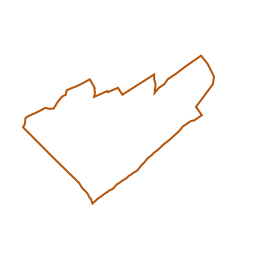 Bulaq Al-DakrUr, Al Jizah, Egypt, rotated 70°
{"feature_id": "37247803B34210539192827", "entity_name": "Bulaq Al-DakrUr", "entity_type": "district", "adm_level": 2, "iso_a3": "EGY", "parent_name": "Egypt", "parent_adm1": "Al Jizah", "projection": "robinson", "projection_center": [31.19, 30.03], "detail": "fine", "context": "isolated", "style": "outline", "palette": "amber", "viewbox_px": 256, "rotation_deg": 70, "n_neighbors": 0, "source": "geoboundaries", "source_scale": "gbopen_adm2", "svg_char_len": 1840}
<svg xmlns="http://www.w3.org/2000/svg" viewBox="0 0 256 256"><g transform="rotate(70 128 128)"><path d="M141.2,54.3L135.4,55.8L131.4,56.9L123.7,45.1L122.4,43.2L115.8,33.2L109.0,29.6L104.9,30.1L103.4,30.2L97.7,30.9L96.4,31.1L94.8,31.3L91.6,32.4L90.0,32.9L88.2,33.5L85.0,34.6L89.9,53.1L90.6,55.3L91.3,57.6L91.8,59.2L92.3,60.8L93.5,64.6L94.5,68.7L95.8,74.0L99.1,78.6L99.6,80.5L100.1,82.5L100.8,85.3L101.8,87.0L104.1,91.0L96.1,87.0L91.4,86.8L86.6,85.1L94.8,121.9L86.8,123.7L87.4,134.6L86.2,134.9L87.2,149.2L83.2,146.8L80.1,146.4L79.2,145.6L77.2,145.9L74.2,146.4L69.2,147.3L69.9,151.7L70.6,156.7L70.8,158.2L71.2,163.2L71.3,167.8L71.4,170.3L71.7,172.9L74.3,174.4L75.5,175.1L75.6,177.7L76.4,180.1L78.3,183.1L79.6,185.2L80.8,186.9L81.7,187.9L82.7,189.2L83.1,189.7L84.3,191.3L82.8,196.0L80.8,198.7L81.7,204.6L81.8,205.9L82.3,210.6L82.4,213.3L82.6,215.1L82.7,217.4L83.2,219.5L83.7,221.0L86.3,222.2L88.1,223.1L89.5,224.1L91.4,226.4L116.8,214.6L128.2,209.4L162.8,192.8L168.7,191.6L170.5,190.8L172.3,189.9L173.9,189.1L175.2,188.7L177.4,188.2L179.6,188.1L182.4,187.0L184.7,187.3L186.8,187.2L185.9,184.9L184.3,181.2L183.1,176.7L181.8,172.5L181.2,169.7L180.1,166.4L180.1,163.4L179.4,161.8L178.6,160.5L178.0,159.2L177.3,158.1L177.0,156.7L176.7,155.1L176.3,153.5L175.5,151.6L175.3,149.8L174.8,147.5L174.5,146.2L173.4,144.0L173.0,141.6L172.4,139.7L172.0,138.5L171.7,136.9L171.3,134.9L171.0,133.5L170.0,131.9L169.3,130.9L168.5,129.6L167.4,127.7L166.3,125.2L165.4,123.5L163.8,121.0L163.1,119.7L162.2,116.8L161.7,115.2L160.7,113.4L159.9,111.4L159.5,109.5L158.6,107.2L157.9,105.4L157.3,104.1L156.8,102.8L155.7,100.6L155.0,98.2L154.4,96.4L153.9,94.5L153.0,92.3L152.0,89.7L150.8,87.0L149.9,84.7L148.9,82.2L147.5,79.6L145.2,75.6L144.9,73.8L143.5,68.9L143.0,65.9L143.5,63.1L142.3,58.4L141.2,54.4L141.2,54.3Z" fill="none" stroke="#b45309" stroke-width="2"/></g></svg>